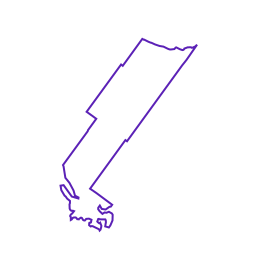 the district of Jefferson, Washington, United States of America, rotated 126°
{"feature_id": "52423323B89179227732038", "entity_name": "Jefferson", "entity_type": "district", "adm_level": 2, "iso_a3": "USA", "parent_name": "United States of America", "parent_adm1": "Washington", "projection": "natural_earth1", "projection_center": [-123.18, 47.83], "detail": "fine", "context": "isolated", "style": "outline", "palette": "violet", "viewbox_px": 256, "rotation_deg": 126, "n_neighbors": 0, "source": "geoboundaries", "source_scale": "gbopen_adm2", "svg_char_len": 1684}
<svg xmlns="http://www.w3.org/2000/svg" viewBox="0 0 256 256"><g transform="rotate(126 128 128)"><path d="M196.2,158.8L196.9,157.6L205.1,149.4L206.8,143.1L210.6,135.3L213.9,131.1L213.3,127.2L214.2,126.7L216.5,133.2L212.1,146.5L214.3,148.7L217.5,145.4L220.0,139.6L220.1,138.0L220.9,135.7L221.1,132.1L222.9,130.8L224.2,130.4L227.5,127.8L228.1,126.8L228.3,125.2L227.3,123.9L227.0,122.8L229.9,122.9L231.7,123.4L233.2,123.1L233.4,122.8L233.7,121.9L236.0,120.2L235.1,119.8L233.1,119.8L232.1,119.1L231.1,117.7L231.3,116.2L231.6,115.5L230.8,114.1L230.3,114.2L228.2,113.4L228.0,113.0L227.9,112.4L228.8,110.3L228.6,109.1L228.1,108.5L226.1,108.4L224.3,106.3L223.7,103.6L226.1,102.5L226.6,102.6L227.3,103.5L227.7,103.5L229.5,102.3L229.6,100.3L228.7,99.7L228.2,98.8L227.1,92.7L227.1,91.4L227.6,90.7L226.4,90.5L224.2,91.3L222.7,92.1L221.0,94.8L221.8,94.9L222.0,95.2L221.9,97.2L221.7,97.9L219.1,98.6L218.6,98.1L218.6,97.3L215.3,92.6L215.6,92.0L216.2,91.3L217.8,90.1L218.3,90.0L221.0,88.6L219.7,85.0L217.2,85.0L211.9,86.2L207.2,89.4L206.6,90.8L207.0,94.2L209.2,95.6L210.1,97.3L212.5,98.2L212.0,102.0L211.2,104.4L210.0,105.2L207.3,105.2L208.9,101.7L207.1,98.2L202.7,96.7L201.8,95.8L201.7,95.7L199.4,95.7L199.2,115.0L199.4,123.0L139.3,123.0L139.3,121.0L45.4,121.0L38.6,120.7L20.0,121.1L22.5,121.5L25.2,123.1L25.6,123.5L25.7,124.5L27.6,127.1L30.6,129.1L31.2,128.9L32.2,129.1L33.0,129.8L33.8,132.5L34.4,136.3L34.9,136.7L36.9,136.9L39.4,139.6L40.0,140.6L40.5,142.4L41.3,147.1L43.1,150.7L44.5,155.2L45.3,159.2L45.6,159.7L46.2,162.1L47.0,166.9L47.3,167.2L47.5,168.8L80.8,168.8L80.7,170.9L139.2,171.0L139.2,159.1L153.2,159.1L154.3,158.7L196.2,158.8Z" fill="none" stroke="#5b21b6" stroke-width="2"/></g></svg>